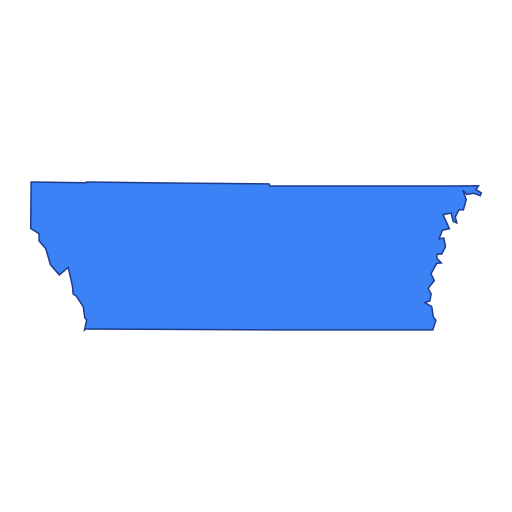 outline of Carbon, Utah, United States of America
{"feature_id": "52423323B75729045949325", "entity_name": "Carbon", "entity_type": "district", "adm_level": 2, "iso_a3": "USA", "parent_name": "United States of America", "parent_adm1": "Utah", "projection": "orthographic", "projection_center": [-110.382, 39.641], "detail": "fine", "context": "isolated", "style": "filled", "palette": "blue", "viewbox_px": 512, "rotation_deg": 0, "n_neighbors": 0, "source": "geoboundaries", "source_scale": "gbopen_adm2", "svg_char_len": 822}
<svg xmlns="http://www.w3.org/2000/svg" viewBox="0 0 512 512"><path d="M158.9,182.9L86.4,182.0L86.4,182.8L31.1,182.0L30.7,228.4L39.1,233.8L39.1,240.9L45.8,248.8L50.5,264.8L59.3,274.9L68.2,267.4L72.3,285.5L73.2,293.9L76.4,296.2L83.3,306.9L84.8,317.8L86.7,319.9L84.5,330.0L85.7,329.0L276.9,329.9L432.8,329.9L435.9,320.3L433.3,316.8L431.7,306.6L424.8,302.6L429.8,301.0L431.2,294.0L428.1,288.3L434.3,280.6L431.0,273.8L436.7,263.4L441.3,262.9L436.9,258.4L437.0,254.2L441.7,254.1L445.5,246.6L443.8,238.0L439.1,238.8L442.4,230.2L449.4,228.7L443.0,214.6L451.2,213.1L453.2,221.3L456.8,222.9L455.3,216.8L459.0,209.7L463.4,209.9L466.2,199.6L463.0,190.3L466.7,194.4L473.9,193.3L480.3,195.7L481.3,192.9L475.9,189.5L478.5,185.8L447.7,186.0L270.2,186.0L269.0,183.9L158.9,182.9Z" fill="#3b82f6" stroke="#1e3a8a" stroke-width="1.5"/></svg>